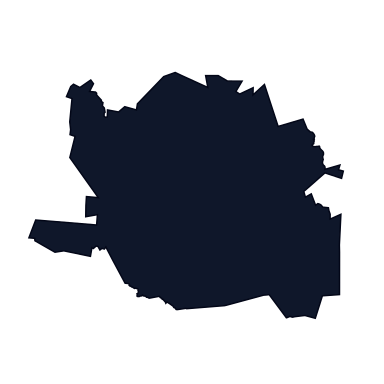 Cucurpe, Sonora, Mexico (Mercator projection), rotated 276°
{"feature_id": "50627088B85170396923038", "entity_name": "Cucurpe", "entity_type": "district", "adm_level": 2, "iso_a3": "MEX", "parent_name": "Mexico", "parent_adm1": "Sonora", "projection": "mercator", "projection_center": [-110.671, 30.429], "detail": "fine", "context": "isolated", "style": "filled", "palette": "ink", "viewbox_px": 384, "rotation_deg": 276, "n_neighbors": 0, "source": "geoboundaries", "source_scale": "gbopen_adm2", "svg_char_len": 4672}
<svg xmlns="http://www.w3.org/2000/svg" viewBox="0 0 384 384"><g transform="rotate(276 192 192)"><path d="M263.8,305.7L264.0,305.3L264.1,303.4L266.6,299.9L276.1,294.8L266.2,270.8L306.5,252.8L294.9,242.5L302.1,241.9L294.4,229.2L296.5,225.1L307.5,230.2L306.0,215.8L310.5,205.9L309.2,193.4L297.6,196.8L306.8,169.3L309.1,162.8L303.8,151.8L298.4,147.6L281.9,134.7L278.3,131.9L275.7,129.9L274.0,128.5L267.8,128.2L269.8,116.2L263.9,110.6L264.8,99.4L257.9,99.9L257.2,98.2L258.2,96.6L261.2,96.4L262.2,97.2L266.4,96.0L268.3,93.9L271.6,94.1L272.7,92.2L273.8,92.3L278.5,87.0L280.3,86.8L281.3,85.6L281.3,79.6L289.4,82.7L292.8,79.6L284.2,69.6L286.8,62.9L284.2,60.4L273.7,57.2L272.4,62.9L249.0,63.1L241.3,64.8L236.3,64.7L235.1,69.9L213.5,66.9L176.6,99.4L176.4,87.5L167.7,87.9L156.3,88.9L159.6,100.3L149.2,100.6L147.8,39.5L129.4,34.6L129.5,40.4L127.1,40.9L117.8,62.0L120.1,70.7L117.4,97.7L126.2,98.3L125.5,99.8L128.2,102.3L128.1,104.1L124.7,106.5L126.5,108.3L126.1,110.8L128.3,112.1L114.9,121.0L94.3,135.0L94.3,138.7L94.2,139.0L93.4,139.3L93.1,139.2L92.9,139.1L92.8,139.3L92.9,139.5L92.7,139.8L92.3,139.8L92.2,139.8L92.0,140.0L92.0,140.4L92.0,140.6L91.9,140.8L91.9,141.0L91.7,141.2L91.6,141.5L91.4,141.8L91.3,142.1L91.2,142.2L91.3,142.4L91.2,142.5L91.2,142.8L90.9,143.3L90.6,143.8L90.5,144.0L90.3,144.4L90.2,144.6L90.1,144.8L90.1,145.0L90.3,145.1L90.5,145.3L90.4,145.4L90.4,145.6L90.4,146.0L90.4,146.3L90.2,146.8L90.2,147.1L90.2,147.3L90.2,147.5L90.2,147.8L90.1,148.1L89.9,148.3L89.6,148.5L89.4,148.6L89.2,148.6L88.7,148.6L88.4,148.6L88.1,148.8L87.9,149.0L87.7,149.1L87.3,149.1L87.0,149.0L86.8,149.1L86.5,149.0L86.0,148.9L85.7,148.8L85.4,148.7L85.2,148.5L85.0,148.3L85.0,148.0L84.6,148.1L84.3,148.2L83.5,148.2L82.8,148.2L82.6,148.3L82.4,148.6L82.4,148.9L82.5,149.2L82.5,149.6L82.4,149.9L82.4,150.2L82.8,150.9L83.2,151.6L83.3,151.9L83.4,152.3L83.5,152.5L83.4,152.7L83.4,152.9L83.5,153.1L83.8,153.3L84.1,153.4L84.3,153.4L84.4,153.5L84.2,153.9L84.1,154.1L84.0,154.3L83.9,154.6L83.5,155.0L83.6,156.8L83.1,157.2L82.6,157.7L82.6,159.0L82.4,159.4L82.2,159.8L82.0,160.3L82.0,160.8L84.9,170.5L84.7,170.7L84.4,170.7L84.3,170.9L84.2,171.0L84.0,171.3L83.9,171.4L83.7,171.5L83.6,171.8L83.6,172.0L83.3,172.3L83.2,172.6L83.1,173.0L82.9,173.1L82.7,173.4L82.3,173.5L82.2,173.7L82.2,173.9L82.2,174.1L82.2,174.4L82.1,174.7L81.8,174.8L81.6,174.9L81.5,175.0L81.4,175.3L81.3,175.6L81.0,175.8L80.6,176.0L80.4,176.3L80.3,176.7L78.6,177.6L80.0,178.6L78.5,181.6L76.8,184.6L76.6,184.9L76.3,185.3L75.5,185.8L75.3,186.1L75.1,186.3L75.0,186.7L75.0,187.3L74.2,187.9L73.9,188.1L73.7,188.4L73.5,188.6L73.5,188.8L73.5,189.7L75.7,198.1L75.4,198.8L82.4,236.3L83.1,238.3L96.9,274.0L97.3,276.2L98.0,279.5L76.9,298.9L77.0,299.0L76.9,299.3L77.1,299.9L77.5,300.3L77.5,300.6L77.9,301.1L77.9,301.3L78.0,301.5L78.3,301.8L78.5,301.9L78.4,302.1L78.4,302.3L78.5,302.5L78.4,302.6L78.5,302.7L78.5,302.8L78.4,303.2L78.4,303.3L78.4,303.5L78.5,303.8L78.4,304.0L78.2,304.3L78.0,304.5L78.1,305.1L78.1,305.3L78.1,305.5L78.3,305.7L78.4,305.8L78.5,306.3L78.5,306.5L78.7,307.0L80.5,314.8L81.0,317.3L79.3,327.8L102.4,332.5L105.4,349.4L147.6,345.0L154.7,344.1L185.4,342.4L179.7,332.6L179.5,332.2L184.4,331.7L187.8,330.1L190.6,329.3L190.6,323.5L191.5,322.8L192.6,321.6L193.1,320.5L193.5,319.2L193.6,318.3L191.7,316.3L202.6,310.8L198.7,305.3L204.3,303.1L206.6,305.3L224.9,322.2L221.2,339.3L228.6,340.3L229.4,335.4L234.3,336.3L228.4,321.8L229.2,321.9L229.9,321.8L230.5,321.6L231.0,321.5L231.4,321.3L231.8,320.9L232.3,320.1L232.9,319.5L233.7,319.1L234.1,318.8L234.7,318.7L235.2,318.7L235.9,318.7L236.8,318.8L237.9,319.1L238.1,319.1L238.4,319.0L238.9,318.7L239.3,318.6L239.8,318.4L240.2,318.4L240.9,318.3L241.6,318.3L242.8,318.8L243.1,318.8L243.8,318.8L244.8,318.6L245.2,318.5L246.0,317.9L246.6,317.3L246.9,316.8L247.5,316.1L248.0,315.5L248.4,315.0L249.0,314.6L249.8,314.3L250.6,314.1L250.9,313.8L250.9,313.5L250.7,313.2L250.5,312.6L250.5,312.2L250.4,311.5L250.2,310.7L250.0,310.0L249.9,309.7L249.9,308.8L249.9,308.4L250.0,307.8L250.2,307.3L250.6,307.0L250.7,306.6L251.1,306.7L251.2,306.8L251.3,306.8L251.4,306.7L251.5,306.6L251.8,306.9L251.9,307.2L252.1,307.3L252.3,307.4L252.5,307.4L252.6,307.5L252.7,307.8L253.2,307.8L253.4,307.8L253.5,308.0L253.7,307.9L253.9,307.8L254.0,307.8L254.3,307.9L254.5,307.9L254.9,308.0L255.0,308.1L255.3,307.9L255.5,307.9L255.8,307.9L256.0,308.0L256.3,308.1L256.5,307.9L256.6,307.7L256.8,307.4L257.0,307.5L257.1,307.8L257.2,308.0L257.3,308.1L257.5,308.0L257.6,307.9L257.8,307.8L257.8,307.7L257.9,307.8L258.0,307.8L258.4,307.9L258.8,307.9L259.1,307.9L259.8,308.2L260.4,308.2L260.9,308.0L261.4,307.8L262.3,307.2L262.9,306.6L263.3,306.3L263.5,305.9L263.8,305.7Z" fill="#0f172a" stroke="#020617" stroke-width="1.5"/></g></svg>